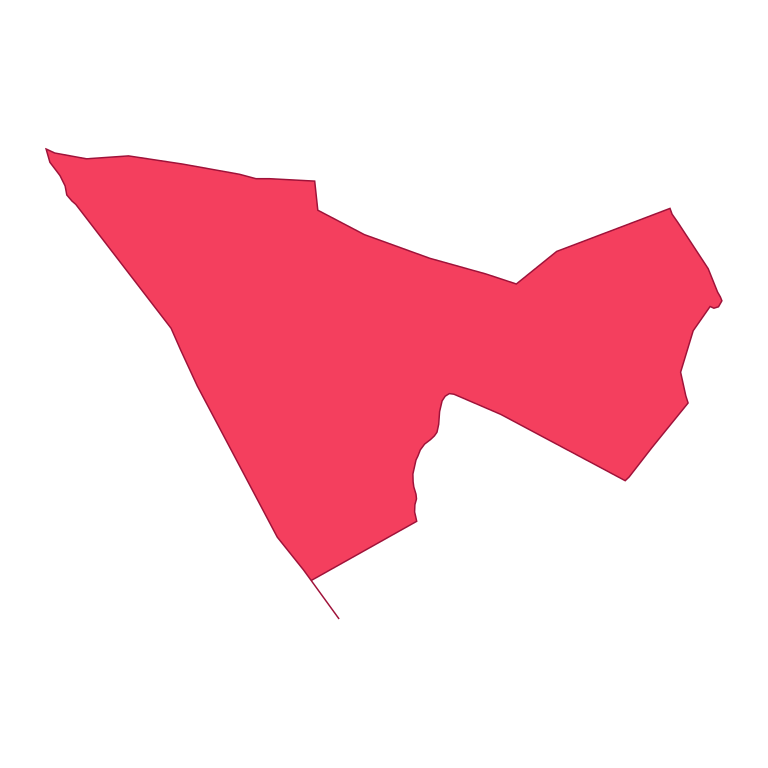 outline of Al Mafaza, Gedarif, Sudan
{"feature_id": "16777658B27903182599838", "entity_name": "Al Mafaza", "entity_type": "district", "adm_level": 2, "iso_a3": "SDN", "parent_name": "Sudan", "parent_adm1": "Gedarif", "projection": "equal_earth", "projection_center": [34.504, 13.606], "detail": "fine", "context": "isolated", "style": "filled", "palette": "rose", "viewbox_px": 768, "rotation_deg": 0, "n_neighbors": 0, "source": "geoboundaries", "source_scale": "gbopen_adm2", "svg_char_len": 1009}
<svg xmlns="http://www.w3.org/2000/svg" viewBox="0 0 768 768"><path d="M339.1,619.0L311.2,580.5L416.7,521.3L415.6,516.2L414.6,512.0L414.9,504.7L416.5,498.9L416.0,494.2L413.8,486.9L413.1,481.6L412.9,474.0L416.0,460.0L418.0,455.8L420.3,449.9L424.6,444.1L430.7,439.4L434.4,435.9L437.0,432.2L438.7,424.3L439.6,411.6L442.1,400.9L445.2,396.2L449.3,393.6L453.9,394.2L500.8,414.4L625.2,480.7L629.1,477.0L651.6,448.0L666.5,429.6L688.1,403.0L685.8,395.8L680.6,372.2L693.2,330.7L710.1,306.5L713.9,308.2L718.5,306.8L721.9,300.8L720.4,297.0L717.6,292.1L708.2,268.7L677.9,222.5L672.1,214.2L670.0,208.4L556.7,251.4L516.3,284.0L486.0,274.0L429.8,258.3L364.3,234.6L317.8,210.2L314.7,181.1L269.7,178.7L256.0,178.7L239.6,174.3L182.2,164.0L128.5,155.9L86.4,158.8L54.7,153.0L46.4,149.1L46.1,149.0L49.9,162.3L55.3,169.4L60.0,175.6L65.1,185.9L66.8,195.0L72.0,201.1L75.8,204.4L171.1,328.3L180.7,350.1L197.2,385.8L215.9,421.1L277.3,537.2L303.4,569.8L311.2,580.5L339.1,619.0Z" fill="#f43f5e" stroke="#9f1239" stroke-width="1.5"/></svg>